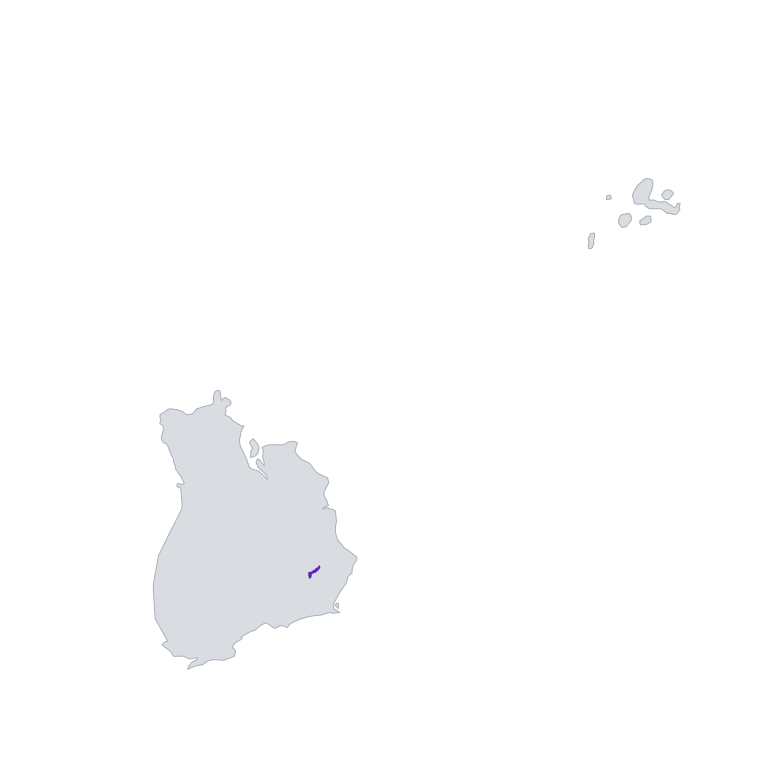 Las Golondrinas, Esmeraldas, Ecuador shown in context, rotated 136°
{"feature_id": "8360857B1829680752404", "entity_name": "Las Golondrinas", "entity_type": "district", "adm_level": 2, "iso_a3": "ECU", "parent_name": "Ecuador", "parent_adm1": "Esmeraldas", "projection": "albers", "projection_center": [-79.126, 0.309], "detail": "fine", "context": "in_parent", "style": "filled", "palette": "violet", "viewbox_px": 768, "rotation_deg": 136, "n_neighbors": 0, "source": "geoboundaries", "source_scale": "gbopen_adm2", "svg_char_len": 5960}
<svg xmlns="http://www.w3.org/2000/svg" viewBox="0 0 768 768"><g transform="rotate(136 384 384)"><path d="M723.3,315.1L721.0,316.6L715.3,317.3L710.9,315.9L709.1,315.9L708.9,317.3L714.7,321.0L717.5,327.7L721.7,331.7L724.2,333.8L724.4,335.2L723.6,337.9L723.4,340.1L724.9,350.2L723.9,350.8L720.8,350.8L718.3,349.1L711.6,374.3L690.1,399.3L665.6,417.1L637.2,427.4L616.4,434.5L613.2,437.2L603.0,449.8L602.5,451.0L603.9,453.2L604.0,454.5L602.5,455.4L601.2,455.5L600.6,454.8L600.2,453.3L598.8,451.8L597.2,451.4L596.2,451.7L596.1,453.1L594.0,459.9L594.0,463.2L593.1,464.5L593.1,467.4L591.0,470.2L589.4,474.7L587.7,476.1L585.5,483.1L582.3,490.1L582.1,492.5L583.1,494.2L583.4,495.5L582.0,499.8L574.7,504.1L572.8,506.1L572.0,508.4L572.5,510.4L572.3,512.0L570.0,512.6L567.6,516.6L565.8,517.5L561.2,516.2L557.8,516.1L555.1,514.9L549.9,508.2L548.0,504.3L547.4,498.9L542.3,495.4L535.7,496.3L533.7,495.0L528.8,492.7L524.6,490.1L521.4,488.8L519.0,489.5L515.0,493.8L511.3,495.7L509.6,495.6L507.3,494.4L506.9,492.8L512.5,485.2L508.3,485.1L506.9,483.4L506.7,481.5L506.0,479.5L506.8,477.0L509.0,475.7L512.3,476.8L514.6,476.8L516.1,474.5L519.2,472.7L519.8,471.6L518.2,467.9L517.7,465.8L518.2,464.7L518.1,460.6L517.1,459.1L517.1,456.9L516.2,455.7L515.9,452.9L513.8,451.3L520.6,448.7L523.1,446.6L526.2,444.7L528.8,441.8L530.6,439.0L534.7,426.1L538.6,417.9L537.9,414.0L534.7,408.7L534.0,400.9L534.3,398.5L533.9,396.7L531.8,400.0L532.3,411.5L530.4,416.6L527.8,417.9L526.1,417.0L527.0,408.6L525.1,410.1L522.0,415.8L517.0,420.0L516.7,421.4L515.5,423.2L511.5,421.6L508.6,419.8L498.8,410.3L492.4,408.3L488.5,405.0L487.7,403.6L487.3,401.7L491.2,399.7L495.3,397.1L495.7,391.2L495.6,386.5L492.6,378.6L494.0,368.3L493.2,364.3L489.8,355.7L492.4,351.4L501.4,348.2L504.3,346.1L506.4,339.3L508.4,335.2L512.5,336.9L515.6,336.7L511.4,335.2L507.9,329.0L507.3,326.2L514.0,317.8L517.5,315.6L521.9,311.2L525.5,304.5L526.4,293.9L524.9,286.4L523.8,278.4L525.9,276.3L531.4,275.2L535.9,272.7L538.2,270.3L543.5,270.6L549.6,266.9L559.4,265.1L573.1,260.9L576.1,257.1L574.7,250.5L579.8,254.5L582.1,257.7L589.2,261.2L597.5,267.5L602.9,270.7L608.9,273.6L617.5,276.7L622.8,276.1L625.0,280.9L627.0,282.3L632.0,283.9L632.5,284.5L634.4,293.3L635.5,294.6L639.8,295.9L645.1,296.5L647.2,296.2L651.9,298.6L659.1,300.6L661.6,300.8L662.8,300.5L663.2,299.6L665.3,299.7L668.5,300.9L673.0,301.1L675.8,300.0L676.3,295.1L677.4,294.0L680.6,292.2L682.3,292.6L690.7,296.5L692.4,297.8L694.6,300.5L698.5,304.5L702.8,307.1L709.4,308.1L715.8,312.3L723.3,315.1ZM59.2,307.3L61.7,310.0L63.0,317.6L71.3,325.7L72.3,330.2L71.5,332.3L71.9,333.1L75.9,336.4L78.5,339.7L74.0,347.5L64.6,350.7L54.6,350.5L52.6,349.6L50.0,346.6L49.5,343.9L51.1,341.4L56.3,337.6L64.2,334.2L65.2,331.6L62.1,329.0L59.9,323.8L55.0,320.2L52.6,309.2L51.0,308.6L47.6,310.1L45.9,308.8L45.7,308.1L49.3,305.6L50.1,303.8L55.5,303.0L57.8,304.5L59.2,307.3ZM97.8,340.7L95.6,340.8L89.2,336.7L89.7,332.8L92.3,330.1L100.6,328.8L104.1,331.4L103.7,336.1L100.8,339.5L98.6,340.1L97.8,340.7ZM521.8,434.2L521.0,435.8L517.1,435.6L515.9,435.1L516.9,427.5L518.0,425.1L521.2,422.7L523.9,421.6L527.4,421.8L531.1,424.0L526.8,427.8L523.4,428.9L521.8,434.2ZM52.6,327.4L48.4,328.0L44.9,326.6L43.4,324.4L43.1,321.0L43.5,319.9L51.2,318.8L53.7,321.6L53.7,325.7L52.6,327.4ZM135.8,346.9L130.9,348.5L128.2,346.9L127.9,345.9L130.6,343.3L133.3,342.0L135.7,339.0L140.1,337.3L141.3,337.7L142.2,338.4L142.5,339.3L141.0,341.7L138.3,343.4L135.8,346.9ZM88.0,322.5L86.1,323.7L78.2,322.2L75.8,319.7L77.8,316.5L79.5,315.2L84.2,316.4L88.9,320.2L88.0,322.5ZM93.8,364.3L92.2,364.3L89.9,362.5L91.7,359.3L94.9,361.1L95.7,362.3L93.8,364.3ZM572.7,258.9L570.4,259.2L569.3,257.3L572.1,254.9L573.1,254.5L572.7,258.9Z" fill="#d9dde1" stroke="#a8b0b8" stroke-width="1"/><path d="M569.4,300.1L569.6,299.9L569.6,299.7L569.6,299.4L569.7,299.2L569.8,299.3L569.9,299.2L570.0,299.0L570.1,298.9L570.3,298.8L570.3,298.7L570.4,298.8L570.5,298.8L570.8,298.6L570.7,298.4L570.6,298.2L570.8,298.1L570.9,297.8L570.9,297.7L571.0,297.6L571.2,297.3L571.4,297.2L571.5,297.2L571.7,296.9L571.8,296.9L572.0,296.8L572.0,296.7L572.0,296.4L571.9,296.3L572.0,296.2L571.9,296.1L571.5,296.1L571.1,296.1L570.8,296.1L570.4,296.4L570.2,296.5L569.8,296.8L569.7,297.0L569.4,297.3L569.2,297.5L568.4,297.8L568.3,298.0L568.1,298.1L567.9,298.2L567.7,298.3L567.4,298.2L567.0,298.1L566.8,297.9L566.6,297.7L566.4,297.6L566.1,297.6L565.9,297.4L565.7,297.2L565.4,297.1L565.2,297.0L564.8,297.1L564.7,297.2L564.4,297.0L564.2,297.0L564.0,296.9L563.9,297.0L563.8,296.9L563.7,296.9L563.4,296.8L563.3,296.7L563.2,296.8L563.2,296.7L563.1,296.8L562.9,296.8L562.8,296.7L562.7,296.7L562.4,296.6L562.2,296.5L561.9,296.6L561.7,296.7L561.4,296.6L561.2,296.6L561.1,296.8L560.9,296.9L560.7,296.8L560.7,296.7L560.6,296.8L560.6,296.7L560.4,296.7L560.2,296.6L559.9,296.7L559.9,296.8L559.7,296.8L559.8,296.7L559.7,296.7L559.7,296.8L559.6,296.7L559.5,296.8L559.4,296.8L559.2,296.8L559.0,296.7L559.0,296.8L558.9,296.9L558.7,296.9L558.4,296.9L558.2,296.8L557.9,296.9L557.8,297.0L557.7,296.9L557.6,297.0L557.5,297.3L557.7,297.2L557.8,297.3L557.7,297.4L557.6,297.5L557.7,297.8L557.8,297.8L558.2,297.7L558.4,297.7L558.5,297.7L558.8,297.7L559.0,297.6L559.2,297.4L559.3,297.4L559.5,297.5L559.8,297.6L560.0,297.7L560.3,297.7L560.5,297.6L560.9,297.8L561.1,297.8L561.5,297.9L561.5,298.0L561.7,297.9L561.8,297.9L562.0,297.9L562.3,297.8L562.4,297.7L562.6,297.6L562.7,297.8L562.8,297.8L563.0,297.7L563.3,297.6L563.5,297.7L563.6,297.8L563.7,298.0L563.9,298.0L564.1,298.1L564.1,298.4L564.2,298.6L564.3,298.6L564.3,298.4L564.2,298.3L564.2,298.2L564.3,298.2L564.4,298.3L564.5,298.3L564.8,298.3L565.0,298.4L565.2,298.5L565.3,298.5L565.5,298.5L565.7,298.3L565.9,298.2L566.1,298.1L566.3,298.3L566.5,298.2L566.5,298.3L566.5,298.5L566.6,298.8L566.8,298.8L567.1,298.7L567.3,298.7L567.6,298.8L567.7,299.1L567.7,299.3L567.8,299.4L568.1,299.4L568.2,299.5L568.3,299.7L568.5,299.6L568.6,299.8L568.7,300.0L568.8,300.0L569.0,300.2L569.3,300.1L569.4,300.1Z" fill="#8b5cf6" stroke="#5b21b6" stroke-width="1.5"/></g></svg>